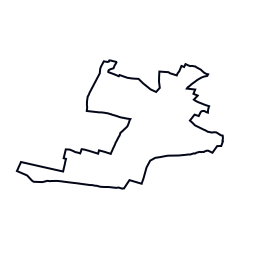 outline of Kaua, Yucatán, Mexico, rotated 16°
{"feature_id": "50627088B46621224657195", "entity_name": "Kaua", "entity_type": "district", "adm_level": 2, "iso_a3": "MEX", "parent_name": "Mexico", "parent_adm1": "Yucatán", "projection": "mercator", "projection_center": [-88.435, 20.599], "detail": "fine", "context": "isolated", "style": "outline", "palette": "ink", "viewbox_px": 256, "rotation_deg": 16, "n_neighbors": 0, "source": "geoboundaries", "source_scale": "gbopen_adm2", "svg_char_len": 4902}
<svg xmlns="http://www.w3.org/2000/svg" viewBox="0 0 256 256"><g transform="rotate(16 128 128)"><path d="M190.2,54.3L188.4,54.4L186.0,53.9L184.1,53.0L182.9,52.4L182.2,52.0L181.3,51.7L180.2,51.5L179.4,51.3L177.9,51.0L176.3,50.5L175.6,50.3L174.9,50.5L173.9,50.5L172.4,50.7L171.5,51.0L170.6,51.4L168.0,51.1L165.7,50.7L165.1,53.9L162.3,53.6L162.2,54.0L162.2,54.4L161.9,57.4L161.6,59.5L160.6,61.9L160.4,64.0L153.3,63.8L151.5,63.2L142.6,65.1L144.1,71.5L144.6,73.0L144.9,74.6L147.5,80.7L147.0,81.7L145.1,85.6L139.2,84.7L130.2,80.9L124.6,77.9L119.6,79.0L116.9,79.5L116.5,79.5L113.5,79.9L110.0,79.7L105.3,79.4L104.9,80.8L100.3,80.2L93.7,79.7L93.4,78.9L93.4,78.1L93.7,77.5L94.5,76.7L95.4,76.0L95.9,75.7L96.4,75.4L97.0,74.9L97.6,74.6L97.8,72.6L97.9,71.5L98.4,70.0L98.6,69.3L98.8,68.1L98.4,67.7L94.2,67.9L92.5,67.9L91.4,68.2L91.3,68.5L91.4,69.1L91.2,69.6L89.9,70.2L86.4,70.6L85.2,76.1L85.0,77.9L85.0,78.8L85.8,83.3L81.3,104.8L81.2,106.5L81.0,107.4L80.9,107.9L80.8,108.1L80.7,108.7L80.6,109.2L80.7,109.6L80.8,110.0L80.8,110.4L80.8,110.5L80.9,111.4L81.2,113.2L81.2,113.6L81.6,115.1L81.8,115.7L82.0,116.7L82.2,117.2L82.4,117.8L82.6,118.3L82.9,118.9L83.2,120.0L83.3,120.8L83.6,122.5L83.7,123.0L96.6,120.8L98.2,120.3L100.8,119.9L103.3,119.6L103.6,119.6L104.0,119.6L104.6,119.4L105.0,119.4L105.3,119.5L106.1,119.5L106.6,119.5L107.1,119.6L107.8,119.4L108.7,119.6L109.4,119.6L110.2,119.6L110.8,119.6L111.3,119.6L111.7,119.6L112.1,119.6L112.8,119.6L113.6,119.6L113.9,119.6L114.2,119.7L114.6,119.6L115.3,119.7L116.8,119.8L117.0,119.8L117.6,119.8L118.1,119.8L118.7,119.7L119.5,119.7L120.1,119.7L120.7,119.5L121.5,119.4L121.9,119.5L122.9,119.4L123.8,119.2L124.1,119.3L124.9,119.2L125.4,119.1L125.7,119.1L126.5,118.9L126.8,119.0L127.2,118.9L127.8,118.8L127.7,119.2L127.5,119.8L127.4,121.0L127.4,121.5L127.4,122.0L127.4,122.4L127.3,123.2L127.3,124.0L127.2,124.8L127.2,125.1L127.0,125.9L127.0,126.4L126.5,127.5L126.2,128.0L125.7,128.8L125.5,129.2L125.2,129.7L124.9,130.1L124.6,130.6L124.4,131.0L124.2,131.4L124.1,131.7L124.0,131.8L123.7,132.1L123.4,132.6L123.2,133.0L122.7,133.8L122.6,134.0L122.3,134.3L122.1,134.6L122.0,134.9L122.0,135.1L122.1,136.1L122.1,136.4L122.0,137.0L121.9,138.0L121.7,138.4L121.6,139.0L121.4,139.5L121.3,140.6L121.1,141.2L120.9,141.7L121.0,142.1L120.9,142.4L120.8,142.8L120.7,143.3L120.5,144.2L120.2,145.1L120.2,145.7L120.1,146.1L120.1,146.4L120.0,147.6L119.9,148.1L119.9,148.5L119.7,149.4L119.6,150.3L119.5,150.7L119.4,151.1L119.3,151.7L119.2,152.2L119.2,152.8L119.0,154.4L118.7,155.9L118.6,157.6L118.0,157.6L116.2,157.5L115.9,157.5L114.0,157.5L113.7,157.4L112.5,157.4L111.5,157.4L110.5,157.4L106.3,157.5L106.3,158.1L106.4,160.9L101.0,160.8L97.0,160.7L91.8,160.8L89.3,161.1L89.2,161.4L89.2,163.1L89.1,164.6L89.0,165.6L86.1,165.5L84.1,165.7L82.1,165.3L78.1,164.8L76.2,165.2L74.1,165.7L74.5,174.8L76.9,174.8L77.0,176.9L77.0,178.0L77.2,179.7L77.6,187.7L55.8,189.0L34.5,190.2L34.4,191.1L34.1,193.3L33.7,195.6L33.7,195.8L33.5,197.5L33.1,200.0L44.1,201.4L50.3,205.1L52.2,205.7L60.6,203.6L63.1,202.2L64.8,201.1L66.3,200.8L67.5,200.7L68.8,200.1L74.9,198.3L78.8,197.6L81.2,197.3L83.0,197.0L90.1,195.9L94.1,195.2L95.1,195.1L96.4,194.8L96.6,194.9L98.4,194.6L107.4,193.3L108.9,192.8L112.6,192.5L113.6,192.2L117.5,192.1L120.1,191.6L125.5,190.1L133.1,188.8L135.5,187.8L139.1,187.9L140.1,187.3L140.8,187.2L143.8,177.7L155.9,177.8L156.5,177.8L156.5,177.1L156.8,172.0L156.7,160.8L158.3,153.3L162.4,149.2L167.6,146.8L170.1,145.5L174.0,143.6L184.2,140.5L191.1,137.8L192.1,137.3L194.3,136.5L194.9,136.4L195.3,136.3L196.0,135.7L196.5,135.4L197.0,135.1L197.6,134.7L197.9,134.4L198.5,134.2L199.3,134.2L200.1,133.5L200.4,133.1L201.1,132.6L203.1,131.4L203.3,131.3L204.1,131.1L204.5,131.1L204.8,131.0L205.3,130.9L205.7,130.6L206.0,130.5L206.3,130.4L207.1,130.3L207.3,130.2L207.6,130.1L207.8,129.8L208.1,129.5L208.6,129.0L209.2,128.7L209.5,128.4L209.8,128.2L211.2,127.7L216.0,128.5L218.7,120.8L222.6,119.6L222.9,114.7L222.5,114.7L222.4,114.1L222.3,113.6L222.3,113.2L222.2,112.7L222.1,111.9L221.9,111.2L221.8,110.9L221.6,110.4L221.5,110.1L221.2,109.5L221.1,109.2L220.6,109.2L219.7,109.4L219.1,109.3L218.8,109.3L218.2,109.1L217.8,108.8L217.4,108.8L217.1,108.8L215.6,108.3L215.1,108.2L214.7,108.0L214.2,107.9L213.8,107.9L213.4,108.0L213.0,108.1L212.2,108.3L211.7,108.5L211.0,108.7L210.8,108.8L210.3,109.1L209.8,109.2L209.7,109.3L205.6,109.6L202.6,108.8L201.7,108.8L191.7,107.0L188.5,105.2L185.5,103.8L188.3,96.8L192.7,97.0L193.5,92.6L194.3,91.5L195.6,90.9L197.0,90.6L198.1,91.0L199.4,91.2L200.6,91.2L200.2,89.7L200.0,88.8L200.0,87.8L199.9,86.9L199.9,85.5L200.0,84.7L196.5,84.6L194.0,84.4L191.4,84.1L189.2,83.9L188.2,83.8L185.6,83.3L183.5,82.6L185.5,78.8L185.8,78.3L185.9,78.0L186.0,77.9L186.1,77.6L182.2,77.2L181.5,77.1L182.0,72.5L173.7,73.9L174.1,72.6L175.2,71.2L176.1,69.9L177.1,68.3L178.5,66.5L179.7,65.0L181.4,62.7L183.2,60.8L184.9,59.1L187.1,57.5L189.8,56.1L190.2,54.3Z" fill="none" stroke="#020617" stroke-width="2"/></g></svg>